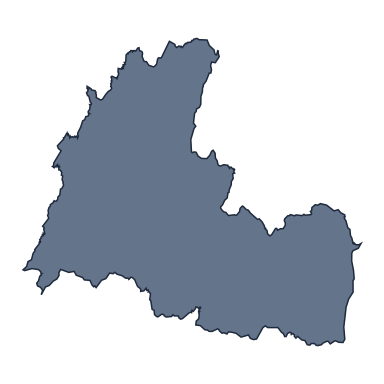 San Juan Nepomuceno, Bolívar, Colombia
{"feature_id": "7082276B34881548257448", "entity_name": "San Juan Nepomuceno", "entity_type": "district", "adm_level": 2, "iso_a3": "COL", "parent_name": "Colombia", "parent_adm1": "Bolívar", "projection": "equal_earth", "projection_center": [-75.086, 9.989], "detail": "fine", "context": "isolated", "style": "filled", "palette": "slate", "viewbox_px": 384, "rotation_deg": 0, "n_neighbors": 0, "source": "geoboundaries", "source_scale": "gbopen_adm2", "svg_char_len": 5837}
<svg xmlns="http://www.w3.org/2000/svg" viewBox="0 0 384 384"><path d="M169.4,41.3L161.3,57.9L158.4,57.9L157.6,59.1L156.6,64.1L154.4,66.5L153.1,66.8L148.7,65.2L146.5,61.7L144.1,61.4L142.1,56.4L142.6,53.4L141.9,51.5L139.5,50.6L139.0,47.7L137.7,48.1L135.7,51.1L134.3,50.5L132.8,51.7L132.9,50.7L130.7,50.6L130.4,51.7L129.3,51.9L128.1,53.6L127.8,53.1L126.1,54.9L125.8,61.2L125.2,62.5L124.4,62.5L125.2,64.2L123.2,64.8L124.0,65.9L123.3,66.6L123.4,68.5L122.6,68.5L122.7,66.5L121.6,68.1L122.1,68.3L121.8,69.2L118.2,68.4L118.0,72.0L118.7,73.7L117.0,78.6L116.4,77.5L115.5,77.9L112.0,76.2L111.0,77.1L111.7,78.6L111.7,81.2L112.3,81.7L111.4,81.3L111.6,82.5L110.7,83.7L111.3,85.8L110.7,86.3L111.7,88.2L110.7,90.0L108.2,91.5L105.6,94.6L102.5,99.3L100.7,100.0L96.3,97.6L96.3,94.6L95.7,93.5L96.1,92.6L95.0,90.6L91.7,90.0L91.0,88.7L87.1,86.3L87.0,88.4L88.4,89.1L87.8,89.5L88.0,91.0L86.5,92.8L87.6,95.6L88.8,96.0L90.3,102.1L91.4,103.3L91.1,104.7L89.7,104.6L90.1,105.4L89.6,109.4L88.2,111.5L88.2,112.4L89.6,113.6L88.5,113.6L88.5,115.4L88.0,116.2L85.8,116.6L84.7,119.7L82.7,120.8L80.7,127.1L77.9,132.7L77.6,134.2L78.4,136.1L77.6,138.0L77.4,137.0L76.4,137.0L76.5,136.2L75.5,136.6L75.7,137.5L74.7,136.2L73.7,137.4L72.2,136.6L70.7,137.4L70.3,136.4L69.8,137.5L69.5,136.0L68.4,135.7L68.8,134.9L68.2,133.7L67.5,134.0L67.3,133.4L67.1,134.3L66.6,133.6L64.4,137.5L63.5,137.8L63.7,139.0L57.4,145.8L58.3,148.4L61.1,150.8L53.8,162.9L53.5,166.0L52.5,166.4L54.2,167.8L57.4,164.7L57.2,166.8L58.6,165.9L58.4,166.7L59.5,166.9L58.7,167.8L58.9,170.0L60.2,170.0L61.8,172.5L61.3,175.0L62.7,176.0L62.1,179.8L63.2,182.0L62.9,182.8L63.6,185.3L61.7,188.6L60.5,189.1L59.8,195.0L57.9,197.0L57.8,198.9L56.7,200.9L55.0,201.3L54.1,200.7L53.0,202.8L50.4,204.6L50.1,206.4L49.1,207.3L48.1,210.3L48.5,213.7L47.6,215.2L48.7,218.3L42.6,226.3L44.2,227.7L43.7,229.0L44.8,233.9L44.1,234.4L43.3,233.5L43.3,235.3L42.3,234.8L42.1,236.5L41.2,236.8L40.8,238.6L39.7,239.6L40.4,241.4L39.8,241.8L39.7,241.0L39.5,241.8L40.0,242.4L39.2,242.5L39.2,243.8L34.8,249.5L34.9,250.9L33.1,253.4L31.5,259.7L28.0,261.6L26.6,266.6L23.0,269.8L24.6,270.6L32.0,268.6L38.5,269.6L40.7,271.7L41.1,273.7L41.7,273.7L41.0,274.3L41.2,275.3L39.8,276.1L38.5,280.9L36.7,283.2L37.5,285.9L40.5,287.3L42.2,289.7L42.4,291.3L41.4,294.0L41.3,294.7L45.5,286.9L49.2,285.5L53.2,281.2L57.0,278.9L59.1,275.2L58.8,273.0L60.6,269.4L68.8,272.4L74.2,271.4L76.2,275.2L82.6,277.5L84.3,279.9L90.0,280.4L92.2,285.3L93.8,286.8L94.8,285.8L96.1,287.6L101.5,280.3L105.9,278.6L109.6,273.1L113.2,273.7L114.8,272.3L117.0,274.2L122.1,275.7L125.5,278.1L128.2,278.3L128.8,279.4L131.0,277.2L132.1,277.4L134.7,279.7L137.6,286.5L139.9,288.2L140.8,289.6L140.7,291.4L143.8,290.9L146.1,288.2L146.7,290.4L148.2,290.0L148.2,291.8L148.8,291.5L150.5,293.9L149.7,299.7L150.8,300.8L152.1,309.3L154.1,310.4L154.5,314.6L156.5,316.5L157.9,316.9L161.9,314.1L163.9,314.8L164.3,315.9L166.2,317.0L171.6,316.5L172.9,314.8L174.3,315.9L178.2,315.9L179.0,318.0L180.7,319.2L182.6,318.5L189.1,312.9L191.1,312.0L191.6,312.5L192.0,310.3L193.3,311.3L195.4,308.7L195.9,307.0L197.5,307.2L198.5,308.5L200.1,307.1L200.6,307.3L200.4,308.1L198.6,311.0L198.6,311.7L199.6,311.8L198.8,313.1L199.2,314.6L198.8,318.6L196.2,321.2L195.8,325.0L200.3,325.6L204.9,329.8L207.2,330.0L209.2,331.4L212.1,331.4L217.6,328.9L218.7,329.3L219.4,330.9L222.0,333.2L224.0,332.8L226.9,334.0L228.5,331.9L231.7,332.2L236.1,333.3L241.1,337.1L248.5,335.0L250.3,338.4L253.6,339.6L256.6,339.0L262.9,327.6L265.3,325.9L267.8,327.6L277.9,327.6L281.6,332.4L283.4,333.6L284.7,336.6L286.1,336.5L287.5,333.5L290.0,332.2L291.1,332.8L291.3,334.5L292.9,333.6L294.3,334.8L294.4,336.5L295.9,338.1L297.6,336.3L301.7,339.9L305.0,340.6L307.2,344.7L310.0,345.1L311.3,343.5L314.6,343.6L316.1,345.3L317.9,345.6L321.5,344.7L322.9,343.1L326.8,341.3L328.3,341.4L330.2,343.9L335.2,340.7L338.9,342.3L343.0,342.5L344.8,339.2L343.8,327.0L346.1,307.1L348.7,299.0L353.1,292.1L353.0,280.8L354.2,278.9L353.5,270.3L351.7,261.1L351.8,253.1L353.1,250.6L358.3,248.3L361.0,243.5L359.0,244.7L356.0,244.8L354.3,243.1L354.3,244.0L353.0,243.6L351.9,238.2L350.5,235.6L349.9,229.4L347.8,227.8L346.0,220.9L344.4,218.4L344.3,216.9L345.1,216.8L344.7,214.8L340.8,212.8L338.2,209.7L334.1,210.9L326.6,205.1L320.4,203.6L317.8,205.2L315.2,204.7L311.9,207.6L311.6,210.7L310.4,211.4L311.6,213.7L311.0,214.6L305.3,215.2L303.9,214.3L302.3,215.6L296.0,214.9L294.6,215.8L290.3,214.6L289.2,215.8L287.9,215.7L284.8,218.7L284.3,220.7L285.3,222.9L285.2,225.4L283.1,228.7L280.5,228.7L277.6,230.2L276.7,228.4L275.5,228.5L271.6,234.8L269.9,235.8L267.6,233.9L267.0,230.4L265.2,229.0L265.7,228.3L264.6,227.6L264.4,225.9L262.0,221.7L259.2,218.8L257.5,219.4L250.3,213.0L248.4,210.2L246.2,209.5L243.2,206.4L242.3,206.1L240.1,208.4L239.5,211.7L236.4,215.4L234.5,214.8L228.4,215.5L225.9,212.4L223.7,211.8L221.8,209.9L220.7,208.1L220.7,206.8L222.5,204.9L224.8,200.1L227.2,198.0L228.0,192.7L229.0,192.4L229.2,189.9L231.2,184.9L231.4,181.4L233.2,178.6L232.6,173.9L234.6,173.1L233.7,172.2L234.6,169.5L234.0,168.9L233.7,169.8L231.0,167.1L229.5,168.3L229.4,167.0L228.3,166.6L227.9,165.3L223.7,164.7L220.5,166.1L218.2,165.1L217.0,160.5L215.4,158.0L215.1,153.2L213.1,150.2L211.6,151.3L209.8,155.2L206.8,158.6L201.4,158.4L198.0,156.0L196.2,152.3L194.0,151.9L192.2,152.7L191.5,151.9L190.8,139.6L194.0,128.5L195.8,126.2L193.5,123.1L194.6,113.2L196.1,111.6L196.6,108.9L199.3,107.5L200.8,104.3L200.9,96.5L202.4,91.9L202.6,87.7L203.4,86.3L203.2,84.9L206.1,81.1L209.2,73.1L210.9,73.0L211.5,69.6L210.6,65.5L211.6,62.1L215.3,62.7L218.8,57.4L219.2,56.4L218.2,53.2L218.3,51.0L217.7,50.7L216.6,54.9L215.7,54.7L214.8,53.6L214.1,50.0L209.3,45.5L207.1,40.0L199.2,39.7L196.9,38.4L193.7,39.2L193.0,40.6L191.9,40.4L190.9,42.2L187.7,42.4L186.6,43.7L186.1,43.2L184.8,44.1L182.3,47.6L181.0,46.2L180.3,46.9L179.0,46.0L176.7,47.5L175.2,46.1L174.9,44.4L169.4,41.3Z" fill="#64748b" stroke="#1e293b" stroke-width="1.5"/></svg>